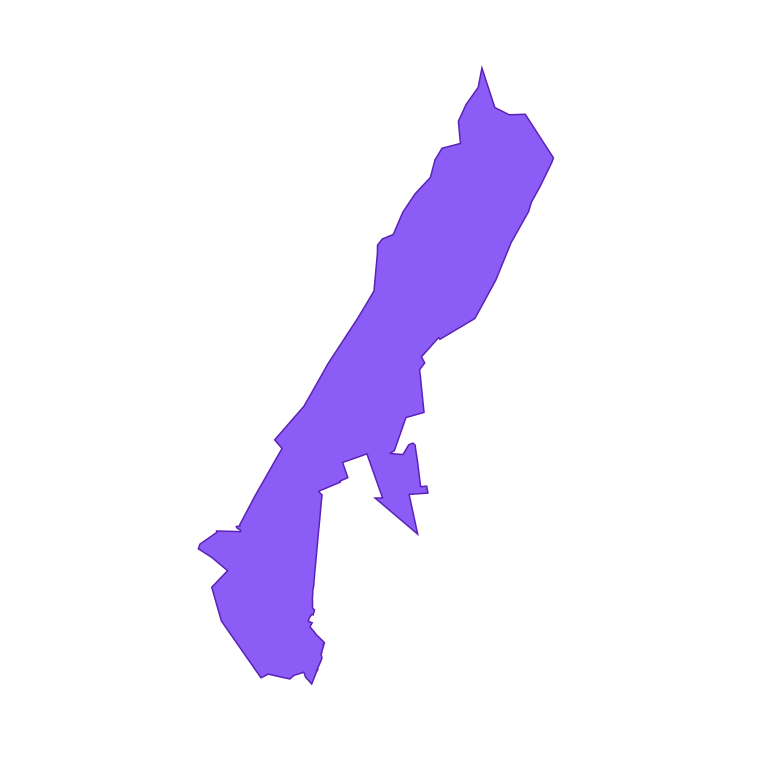 the district of Nadadores, Coahuila, Mexico, rotated 58°
{"feature_id": "50627088B48851178167120", "entity_name": "Nadadores", "entity_type": "district", "adm_level": 2, "iso_a3": "MEX", "parent_name": "Mexico", "parent_adm1": "Coahuila", "projection": "albers", "projection_center": [-101.682, 27.231], "detail": "fine", "context": "isolated", "style": "filled", "palette": "violet", "viewbox_px": 768, "rotation_deg": 58, "n_neighbors": 0, "source": "geoboundaries", "source_scale": "gbopen_adm2", "svg_char_len": 2534}
<svg xmlns="http://www.w3.org/2000/svg" viewBox="0 0 768 768"><g transform="rotate(58 384 384)"><path d="M167.9,133.5L182.4,147.0L190.4,166.2L200.6,181.7L220.5,191.7L214.8,209.8L220.9,221.9L233.4,235.2L239.2,256.9L248.3,277.0L262.1,296.9L260.1,308.4L262.8,315.9L269.9,320.5L284.0,331.2L297.4,341.4L299.8,343.2L306.8,356.7L314.8,372.5L321.3,386.6L333.9,413.8L337.0,420.5L348.4,441.4L359.9,462.7L360.4,463.6L373.4,506.3L376.4,505.9L384.6,504.6L411.4,554.3L411.7,554.7L426.9,580.9L428.0,581.4L426.6,584.8L427.7,585.1L429.7,584.3L430.9,583.6L431.5,583.1L433.2,583.8L419.9,603.9L421.3,604.9L422.0,619.9L422.1,621.0L422.1,621.5L422.3,625.0L425.4,628.8L439.7,622.0L446.1,619.9L459.4,615.6L465.1,637.8L498.8,647.5L534.8,645.7L545.0,645.2L553.8,644.7L556.6,644.6L568.0,644.0L568.7,635.9L580.3,624.3L580.8,623.7L584.3,620.1L584.2,619.8L583.5,615.3L583.4,614.7L583.6,613.8L585.9,605.1L585.9,604.8L588.3,605.2L590.9,605.9L591.9,605.7L600.1,604.3L596.3,599.1L592.6,594.2L591.4,592.0L591.2,592.6L584.7,583.3L583.6,581.9L580.5,580.7L579.7,580.5L578.8,578.9L578.7,578.8L578.4,578.8L578.2,578.9L577.9,578.5L577.5,578.1L577.1,577.6L576.8,577.2L576.4,576.7L576.0,576.3L575.6,575.8L575.2,575.4L574.8,575.0L574.4,574.5L574.0,574.1L573.7,573.7L572.6,573.8L572.7,572.4L571.9,571.6L570.0,572.0L568.2,572.5L568.2,572.4L563.4,573.5L562.2,574.0L560.0,574.3L556.8,574.6L552.0,575.3L550.7,575.5L548.4,571.4L545.2,574.0L543.0,571.5L542.7,571.1L542.2,569.9L541.1,567.1L542.3,566.5L538.8,562.6L536.3,563.4L529.6,559.3L527.7,558.2L523.6,555.2L520.8,553.4L518.7,551.3L518.5,551.0L513.3,547.2L470.9,515.0L470.8,514.8L470.5,514.6L449.0,498.3L447.9,497.3L445.3,495.3L444.2,495.6L443.3,495.9L442.1,496.0L441.4,496.1L440.3,496.2L444.0,473.6L444.0,473.1L443.0,472.9L444.2,464.3L439.6,463.2L432.6,461.6L428.6,460.7L429.4,457.2L434.2,435.5L445.9,438.1L477.1,445.0L479.8,445.6L478.2,448.3L478.1,448.5L476.0,452.0L529.2,435.0L490.9,421.2L499.8,404.6L499.7,404.5L493.2,401.9L491.3,405.8L490.4,407.3L467.0,396.4L455.3,391.4L452.6,390.0L451.8,390.2L451.4,390.3L450.6,390.5L450.1,390.5L449.4,390.8L448.7,395.4L452.0,401.6L453.8,405.4L446.3,415.5L446.0,415.3L446.1,410.7L445.6,410.0L442.4,406.0L439.8,402.7L437.7,400.1L424.1,383.2L429.3,365.1L397.0,349.2L391.0,346.4L390.7,346.1L387.7,338.3L382.6,338.0L380.8,337.9L378.9,331.3L373.6,313.2L373.8,312.9L375.7,312.9L376.6,272.2L355.3,234.4L331.5,201.3L314.4,170.0L307.9,162.6L299.2,146.9L284.9,124.1L282.0,120.5L234.8,121.2L230.1,121.3L222.0,135.2L208.3,143.5L167.9,133.5Z" fill="#8b5cf6" stroke="#5b21b6" stroke-width="1.5"/></g></svg>